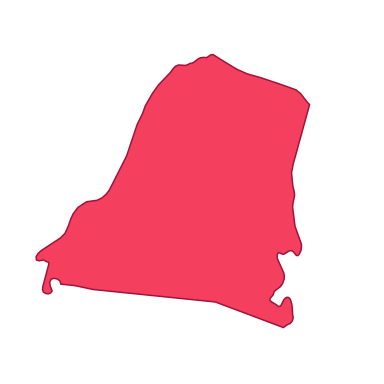 Nickerie, Natural Earth projection, rotated 16°
{"feature_id": "SUR-37", "entity_name": "Nickerie", "entity_type": "District", "adm_level": 1, "iso_a3": "SUR", "parent_name": "Suriname", "parent_adm1": "", "projection": "natural_earth1", "projection_center": [-56.858, 5.617], "detail": "fine", "context": "isolated", "style": "filled", "palette": "rose", "viewbox_px": 384, "rotation_deg": 16, "n_neighbors": 0, "source": "natural_earth", "source_scale": "10m", "svg_char_len": 1623}
<svg xmlns="http://www.w3.org/2000/svg" viewBox="0 0 384 384"><g transform="rotate(16 192 192)"><path d="M61.2,300.3L60.0,297.0L61.1,293.2L63.5,289.5L78.2,272.4L81.3,266.8L82.5,258.6L82.9,251.1L83.8,245.6L86.6,238.3L90.7,233.4L93.4,230.4L103.1,226.1L107.2,222.3L110.0,218.0L112.0,213.0L119.2,175.3L120.7,142.1L122.8,130.5L123.4,121.7L127.0,107.5L130.5,97.8L138.5,82.6L139.8,78.7L141.5,75.6L144.0,73.6L150.9,72.1L153.0,70.6L154.5,69.0L156.1,68.3L157.5,67.3L161.3,62.3L163.0,60.7L166.0,59.4L169.0,58.8L172.3,54.9L174.5,54.1L182.8,56.6L201.5,61.7L212.6,63.2L227.5,63.2L251.1,64.3L264.1,65.2L269.3,67.5L278.6,74.3L280.9,75.5L281.0,78.9L281.6,137.3L282.4,146.1L287.1,158.0L290.4,164.0L291.6,167.1L292.2,175.1L292.9,178.8L300.5,196.6L311.6,212.0L312.3,214.4L312.9,218.0L312.2,222.3L311.3,224.0L309.7,224.2L306.2,221.7L304.2,221.0L302.3,221.4L300.5,223.1L299.0,225.0L297.2,226.6L295.3,226.8L293.3,226.4L291.6,226.7L291.2,228.8L292.3,232.4L302.3,244.2L303.8,247.0L304.6,250.4L304.3,255.3L303.0,258.7L301.3,261.1L299.8,262.9L298.5,265.1L298.3,268.9L297.1,271.1L296.4,273.2L296.8,274.8L298.9,275.7L303.7,277.0L306.4,278.2L308.3,277.5L309.0,275.7L309.9,270.5L311.0,268.2L312.4,267.0L314.1,266.8L316.1,268.1L318.5,271.7L320.3,275.6L322.3,281.5L323.9,284.9L324.0,288.2L322.6,291.4L320.4,293.0L317.2,297.1L244.7,291.3L123.6,313.0L106.0,314.2L91.2,316.7L90.9,316.0L89.6,313.9L86.6,312.8L83.2,313.0L80.6,314.7L80.1,318.1L81.7,321.5L84.8,325.7L84.0,328.0L82.0,329.5L79.4,329.9L76.7,329.1L75.2,327.1L74.7,324.4L74.2,300.0L73.2,299.0L71.3,299.1L68.3,298.2L63.9,300.3L61.2,300.3Z" fill="#f43f5e" stroke="#9f1239" stroke-width="1.5"/></g></svg>